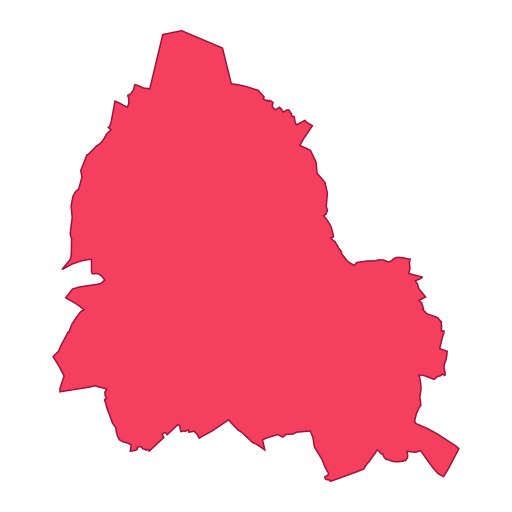 Nnewi North, Anambra, Nigeria
{"feature_id": "59680162B73952515985037", "entity_name": "Nnewi North", "entity_type": "district", "adm_level": 2, "iso_a3": "NGA", "parent_name": "Nigeria", "parent_adm1": "Anambra", "projection": "albers", "projection_center": [6.91, 6.02], "detail": "fine", "context": "isolated", "style": "filled", "palette": "rose", "viewbox_px": 512, "rotation_deg": 0, "n_neighbors": 0, "source": "geoboundaries", "source_scale": "gbopen_adm2", "svg_char_len": 4464}
<svg xmlns="http://www.w3.org/2000/svg" viewBox="0 0 512 512"><path d="M115.0,101.1L111.0,122.7L109.4,126.8L108.3,127.4L111.0,129.9L107.3,133.2L106.1,134.9L104.1,138.5L102.4,141.1L99.4,144.1L96.2,146.2L88.2,154.5L86.9,154.9L83.4,164.0L80.7,170.6L82.0,176.8L78.7,188.9L75.6,191.5L72.9,196.4L71.1,206.2L72.2,217.7L71.0,226.5L70.2,234.0L71.6,239.2L71.5,243.6L71.3,253.6L70.9,257.5L69.9,259.8L62.4,269.0L62.9,269.1L72.1,264.1L80.9,261.0L88.6,259.5L91.5,259.5L91.5,271.9L92.4,273.8L96.8,273.6L98.6,273.9L101.8,276.2L104.8,280.1L100.9,283.4L97.5,284.3L88.3,285.6L79.2,287.0L72.4,289.1L65.7,297.8L74.2,302.6L78.6,305.4L84.1,309.8L81.5,311.1L80.1,312.4L76.0,317.9L71.9,324.3L69.9,329.3L69.5,331.6L68.3,331.8L61.0,345.4L58.7,351.0L53.1,356.6L59.6,367.3L64.1,376.0L60.0,388.3L60.0,390.8L59.9,391.8L73.5,389.6L89.7,387.1L94.7,385.8L106.7,389.0L104.8,392.4L105.3,396.2L106.7,398.1L104.7,399.5L104.6,400.3L105.1,401.6L105.6,402.8L106.8,407.8L108.5,412.1L112.5,423.2L114.1,425.4L115.0,426.4L115.5,427.4L115.8,428.1L115.7,428.5L116.3,429.4L116.1,430.0L116.3,431.6L116.3,432.5L117.1,433.8L117.1,435.2L119.5,439.9L123.2,441.9L127.0,442.9L128.0,443.2L131.2,445.0L130.5,450.0L130.2,451.1L132.3,451.0L133.4,450.7L134.9,450.2L136.6,449.8L137.5,449.1L137.0,448.1L138.6,446.8L139.8,446.7L141.5,447.1L142.4,448.3L143.4,449.0L144.7,449.3L145.7,449.4L145.9,450.1L148.8,449.6L149.2,451.1L160.6,440.5L163.9,437.5L162.1,434.3L164.3,432.7L165.6,432.7L167.1,434.7L178.1,424.5L179.6,425.7L180.1,427.1L180.1,428.8L180.9,431.6L184.2,430.9L185.2,431.4L186.3,430.8L188.1,429.9L188.9,432.2L194.1,431.2L197.2,434.4L199.2,438.2L201.4,436.8L212.2,430.9L228.7,419.8L231.5,423.3L238.4,430.3L241.7,432.3L248.0,438.2L252.4,442.4L256.1,444.0L264.8,449.9L262.5,439.8L267.4,437.7L277.7,434.6L282.8,437.1L286.1,434.5L287.3,434.2L291.5,434.2L293.8,433.7L296.5,432.2L310.3,431.0L312.8,437.0L313.4,440.6L314.4,446.9L322.1,459.7L324.8,466.6L327.4,471.5L328.4,472.8L328.2,474.9L324.9,476.8L325.0,478.5L326.4,479.6L329.6,480.0L330.3,481.3L337.9,478.7L346.0,475.7L357.1,471.7L364.1,468.8L365.1,466.5L367.2,463.7L369.2,461.4L374.9,453.5L377.1,450.0L379.6,451.7L380.7,453.5L381.6,453.9L382.8,453.8L383.3,455.6L384.1,457.2L385.4,458.5L386.0,459.4L388.0,459.6L390.1,460.5L392.8,461.5L395.5,461.7L397.5,461.8L403.4,461.1L404.6,460.3L405.4,460.7L407.5,457.8L407.7,455.4L407.0,451.4L413.7,452.1L415.8,452.2L418.4,451.4L420.7,450.8L426.0,458.3L433.1,468.1L438.3,473.8L443.5,476.6L448.2,469.1L458.9,448.7L455.6,445.8L436.9,433.7L428.0,428.8L415.5,423.3L414.7,420.8L416.4,413.6L419.5,407.0L420.8,405.4L420.6,402.5L419.8,397.0L420.7,391.6L421.0,387.5L420.8,385.0L420.5,381.8L419.4,376.5L419.1,375.1L420.8,375.0L423.6,375.5L426.7,376.5L428.7,377.3L431.7,378.5L433.9,379.4L436.6,377.3L437.6,376.4L440.0,376.0L441.3,375.2L442.5,374.0L444.7,375.5L445.2,374.8L445.1,372.9L444.6,370.1L444.0,367.9L444.2,364.6L446.2,359.2L446.7,356.2L447.2,351.3L439.6,348.5L440.8,344.2L441.5,341.1L442.8,335.8L443.8,333.4L444.1,331.1L441.3,330.7L441.6,326.2L441.2,323.5L441.4,321.6L440.0,320.7L438.1,318.0L436.6,317.2L427.1,313.9L423.4,310.2L422.6,309.4L423.5,308.8L422.8,306.6L421.8,303.0L419.0,300.4L423.0,298.4L425.6,297.0L418.7,288.5L417.7,284.5L415.3,280.7L419.4,279.2L421.6,278.0L422.1,277.0L412.9,274.6L410.8,274.0L408.7,273.5L409.9,269.0L409.7,265.7L409.5,262.7L410.1,259.1L408.0,259.0L403.5,257.8L401.7,257.5L399.8,257.4L396.8,257.4L394.2,258.4L391.5,260.6L389.5,261.8L387.9,261.9L383.7,260.0L378.1,259.9L375.6,260.8L366.9,261.0L356.7,262.5L354.4,265.4L350.7,263.4L348.2,261.8L346.3,259.9L344.3,257.1L341.9,254.3L341.3,251.5L339.8,249.5L338.4,247.9L337.9,246.3L337.0,245.2L334.9,241.5L333.2,240.5L330.8,238.1L333.6,236.6L331.3,227.4L329.4,223.7L326.5,219.2L323.6,215.7L325.9,214.3L327.4,210.5L326.3,206.3L327.4,193.1L325.0,182.5L317.1,173.3L316.0,161.9L310.4,150.3L299.9,145.4L303.6,138.8L312.4,125.7L305.6,121.6L305.0,120.3L296.5,124.9L295.2,122.4L294.6,119.2L294.3,116.7L293.2,116.4L291.9,116.2L291.5,115.4L291.4,113.5L290.5,112.7L288.9,110.0L287.1,109.9L283.3,112.1L282.2,110.2L279.6,107.2L275.2,109.8L272.6,107.1L272.2,105.7L272.6,104.3L273.1,102.8L272.5,102.1L271.1,101.0L270.4,101.4L269.3,100.3L268.0,101.2L267.0,100.2L266.5,100.7L263.2,99.0L264.1,97.0L258.3,90.4L246.0,86.5L236.9,84.5L231.3,83.8L222.5,48.1L181.6,30.7L162.8,34.5L149.8,88.7L143.7,88.1L137.5,85.4L134.7,84.7L133.6,89.9L130.6,93.8L127.8,95.4L128.9,99.8L128.7,104.0L127.3,107.2L123.2,105.2L120.1,103.3L115.0,101.1Z" fill="#f43f5e" stroke="#9f1239" stroke-width="1.5"/></svg>